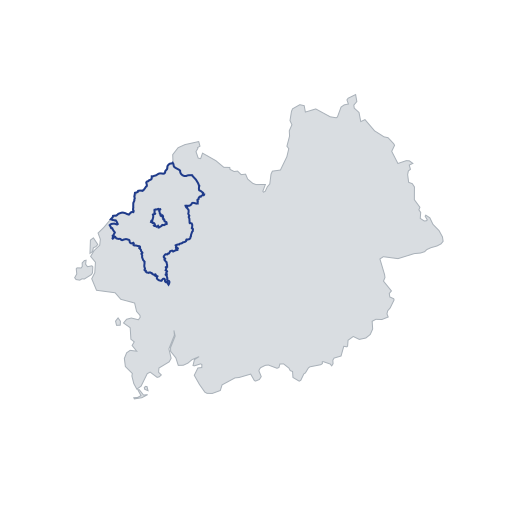 Germany, with Brandenburg highlighted, rotated 235°
{"feature_id": "DEU-3487", "entity_name": "Brandenburg", "entity_type": "State", "adm_level": 1, "iso_a3": "DEU", "parent_name": "Germany", "parent_adm1": "", "projection": "orthographic", "projection_center": [13.043, 52.446], "detail": "fine", "context": "in_parent", "style": "outline", "palette": "blue", "viewbox_px": 512, "rotation_deg": 235, "n_neighbors": 0, "source": "natural_earth", "source_scale": "10m", "svg_char_len": 9732}
<svg xmlns="http://www.w3.org/2000/svg" viewBox="0 0 512 512"><g transform="rotate(235 256 256)"><path d="M221.7,425.4L211.3,418.0L201.9,418.2L200.4,415.9L197.2,415.9L192.6,412.1L188.2,413.9L187.1,415.8L187.3,417.0L191.6,417.4L192.1,418.5L187.6,420.3L180.4,419.1L171.8,420.5L164.7,419.7L160.7,417.7L159.8,414.5L160.4,410.0L162.5,404.0L163.3,399.6L162.8,396.6L164.1,392.4L167.2,387.0L172.4,370.8L182.4,359.9L182.5,355.8L166.9,350.6L164.4,349.3L162.3,346.0L149.7,346.9L148.9,343.7L145.7,342.1L142.0,344.3L140.8,343.9L136.5,336.1L135.6,332.5L133.5,330.1L130.2,329.3L131.8,322.6L135.4,317.9L135.9,313.7L129.3,309.7L126.2,304.6L125.8,299.0L128.4,292.8L134.3,289.5L134.2,283.1L129.7,279.4L129.5,278.3L131.7,276.1L125.3,268.3L127.6,261.4L126.6,259.2L123.5,257.3L122.6,255.0L125.0,254.8L131.0,250.4L131.3,249.6L129.8,248.7L129.8,246.7L134.3,236.6L134.3,234.8L131.9,229.4L132.0,227.6L128.5,221.4L128.7,219.6L135.3,216.6L140.4,219.7L142.5,218.3L145.2,218.7L151.8,216.7L153.8,213.6L151.5,210.8L152.0,208.8L159.6,203.6L161.1,200.9L161.9,195.7L161.2,193.8L160.3,192.5L154.2,191.1L152.9,187.9L153.8,183.9L154.9,183.2L162.3,183.9L166.2,172.4L168.2,168.9L169.9,154.3L166.3,149.6L168.5,141.3L171.6,137.1L173.8,136.0L183.3,136.0L193.7,137.0L197.6,144.2L195.7,147.6L198.1,149.4L199.4,148.8L201.4,142.5L202.4,141.6L206.4,146.1L206.2,151.7L207.8,144.2L207.3,138.9L208.2,133.8L211.0,129.6L218.5,131.9L226.9,131.4L230.0,133.5L236.7,143.8L242.1,146.1L238.0,143.8L229.9,131.4L220.9,127.8L219.1,124.2L219.9,112.2L216.6,109.5L212.9,110.2L212.5,107.4L213.3,105.4L221.6,102.7L222.0,99.4L215.3,87.2L215.3,82.0L221.5,82.7L228.9,85.5L230.7,87.3L240.4,85.6L247.6,89.4L250.9,94.5L250.9,98.8L246.4,103.7L253.8,103.2L255.5,107.0L259.6,105.8L269.4,111.8L277.1,109.1L278.4,113.7L276.7,118.3L271.2,123.1L272.3,126.1L274.0,126.9L279.1,126.4L287.1,129.6L298.1,120.4L306.7,119.5L319.4,105.7L331.6,108.4L334.8,114.4L343.0,120.9L350.5,120.3L353.3,126.5L354.5,134.2L359.0,138.1L365.4,139.8L366.7,147.8L370.1,160.4L370.1,164.3L369.0,168.7L366.9,172.4L362.7,176.8L362.4,179.4L373.5,190.0L376.6,195.4L374.9,203.2L376.7,207.0L378.6,208.3L379.3,210.2L379.4,214.7L380.8,216.0L378.8,224.3L376.8,227.7L377.5,230.5L380.5,235.5L380.6,241.9L386.8,245.9L389.4,254.3L388.0,261.7L382.6,274.7L378.1,273.1L378.3,270.3L377.5,270.1L375.9,266.7L369.3,264.8L367.5,266.5L370.9,271.2L357.1,277.8L347.1,280.5L343.6,285.3L341.8,284.4L337.8,286.5L336.1,289.6L331.2,290.5L329.0,294.4L323.8,293.3L317.4,295.0L314.5,297.0L309.2,304.7L305.1,298.7L304.0,298.7L303.7,300.6L306.2,305.0L307.1,308.6L314.5,315.3L316.1,318.1L312.4,325.3L319.6,338.2L325.1,344.4L328.2,344.3L335.0,352.3L339.5,355.1L342.9,360.7L347.4,361.5L354.2,368.1L355.6,370.4L354.8,378.7L351.5,381.7L345.6,379.0L342.2,389.3L327.5,396.6L323.2,401.0L323.2,402.5L329.2,411.1L329.2,414.9L327.5,418.9L331.7,420.0L332.4,422.0L331.1,430.2L324.7,427.2L323.5,422.7L320.8,421.3L314.5,422.7L306.0,418.9L305.2,423.5L290.5,424.9L280.2,429.2L277.2,432.0L269.1,433.2L267.2,433.0L263.9,427.2L250.4,425.3L247.9,433.8L246.0,436.2L241.9,437.6L242.6,433.7L238.4,432.2L238.3,429.6L235.7,426.9L228.8,423.3L225.6,425.5L221.7,425.4ZM350.0,109.6L350.7,112.8L350.0,114.4L347.0,111.7L343.9,111.8L342.1,115.9L340.7,116.1L336.0,112.4L335.2,110.6L335.6,102.2L337.1,100.4L337.3,97.8L339.9,95.1L342.2,95.0L344.1,98.9L348.6,101.4L348.9,102.6L346.5,105.9L347.1,107.7L350.0,109.6ZM364.0,129.5L364.1,133.2L356.2,133.0L355.5,130.2L356.0,127.5L353.4,124.6L353.4,121.5L364.0,129.5ZM206.6,84.1L204.6,87.7L205.4,81.2L208.7,74.4L210.0,74.6L208.1,77.7L207.6,81.7L214.2,82.5L213.4,83.7L206.6,84.1ZM284.4,107.5L280.3,107.5L277.2,105.1L279.2,102.0L283.2,103.6L284.4,107.5ZM212.6,90.7L211.5,91.8L207.6,90.3L210.6,88.4L212.3,89.0L212.6,90.7Z" fill="#d9dde1" stroke="#a8b0b8" stroke-width="1"/><path d="M376.2,192.2L377.2,193.1L376.5,194.8L376.3,195.9L376.8,196.3L377.0,196.8L376.5,197.9L375.8,199.0L374.4,200.4L374.6,202.2L375.3,204.2L375.9,205.6L375.8,206.4L376.4,207.1L377.4,207.6L379.0,208.1L379.5,208.9L379.5,209.8L379.0,210.6L379.0,210.9L379.4,211.5L379.3,212.2L379.0,213.0L378.9,214.2L379.2,214.9L381.1,216.3L380.3,217.3L380.1,218.6L379.4,220.2L379.3,223.0L379.1,224.0L378.7,224.8L378.2,225.5L376.6,227.2L376.2,228.1L376.3,229.0L376.8,229.7L377.3,230.1L377.7,230.6L377.9,231.8L378.2,233.0L378.9,233.8L380.3,234.9L380.7,235.7L381.0,236.9L381.1,238.1L380.8,239.0L380.2,239.9L380.0,240.8L380.1,241.2L378.8,241.1L376.8,240.2L376.2,240.1L375.6,240.2L374.4,240.6L370.6,242.5L369.5,242.8L368.5,242.2L367.4,241.8L366.0,241.7L364.3,242.1L362.7,243.1L361.6,244.6L361.5,245.0L361.4,245.7L361.0,246.8L358.9,250.0L358.6,250.1L358.0,249.9L353.0,250.6L348.6,250.3L346.9,249.8L346.2,249.9L345.9,249.8L345.4,249.0L344.7,248.5L344.0,247.9L342.7,247.2L342.0,247.3L341.3,247.9L338.1,248.9L337.7,248.3L337.1,248.1L337.0,248.4L336.7,248.4L336.2,248.9L335.9,248.6L335.8,247.9L336.3,247.3L336.5,246.7L336.6,245.6L336.5,245.2L336.3,245.0L336.2,244.7L336.9,244.0L336.8,243.4L336.5,242.5L336.4,242.3L335.8,241.9L335.5,241.5L335.7,240.5L335.6,240.2L334.7,239.6L334.3,239.8L334.1,239.7L333.7,239.4L332.9,238.4L332.5,238.3L333.1,237.2L335.1,235.6L335.9,234.5L336.0,233.9L335.3,232.4L335.3,230.5L336.3,228.8L337.3,227.7L337.6,227.1L337.0,226.9L335.9,226.8L335.4,227.6L334.8,227.1L334.6,227.0L332.7,227.2L332.1,227.0L330.5,225.9L329.7,224.9L328.8,224.6L327.2,224.5L327.1,224.4L326.7,223.4L326.3,223.1L324.9,222.9L321.2,220.6L320.9,220.6L320.7,221.2L319.9,221.6L319.5,222.0L318.2,221.7L317.7,221.4L316.4,220.3L315.8,219.5L315.5,219.3L315.3,219.4L315.0,219.8L314.2,219.8L312.6,218.4L312.5,217.6L310.8,215.2L310.3,214.6L309.6,214.2L309.3,213.4L308.5,212.7L308.2,212.0L308.0,211.1L308.3,210.6L308.6,209.5L309.3,208.8L309.4,208.5L309.0,207.8L308.6,207.7L308.3,207.3L308.3,206.0L308.7,204.8L309.1,204.0L308.9,203.2L309.1,202.7L309.0,202.3L309.5,201.3L309.8,200.4L309.5,199.6L310.0,199.1L310.6,197.8L310.7,196.8L310.9,196.3L310.8,196.2L309.8,196.4L309.0,195.3L308.5,195.1L308.4,195.2L308.2,195.9L308.0,196.1L307.3,196.4L306.9,196.3L306.7,195.9L306.7,195.5L307.1,194.8L307.1,194.7L306.2,194.7L306.8,193.3L307.2,190.7L307.8,190.7L308.4,190.5L308.7,189.9L309.0,189.0L309.1,188.2L308.6,187.6L308.4,186.9L308.1,186.4L308.0,186.1L308.5,185.3L308.5,185.0L308.2,184.6L308.2,184.1L309.2,183.2L309.3,182.6L309.3,182.3L308.6,180.2L307.7,179.7L306.6,180.0L305.9,180.0L305.9,179.3L305.6,178.9L305.4,178.8L302.7,179.0L302.3,179.2L301.8,179.0L300.7,178.4L299.9,178.2L298.1,177.0L298.5,176.3L298.6,175.7L298.3,175.5L297.4,175.5L297.0,175.2L296.2,173.8L294.8,174.4L294.3,174.3L293.9,173.0L293.6,172.8L292.7,172.7L292.3,172.5L292.5,172.3L292.7,171.8L292.7,171.4L292.4,171.2L291.2,171.5L289.8,171.0L288.7,170.7L287.9,169.8L287.2,169.5L286.6,169.7L285.7,170.3L285.2,170.4L284.6,170.3L284.1,170.0L283.1,168.8L282.7,167.9L284.9,168.0L286.0,168.4L286.2,167.2L286.6,167.0L287.5,167.0L289.0,167.9L289.8,167.9L290.3,167.5L290.6,166.7L290.3,165.3L290.0,164.8L289.9,164.4L290.1,164.0L291.9,162.5L293.4,162.0L294.4,161.9L294.7,162.1L295.6,162.8L295.9,163.6L297.1,163.0L298.5,163.1L298.5,162.5L297.9,162.0L298.4,161.8L299.2,162.0L299.8,161.2L301.4,160.6L301.9,160.8L302.9,159.9L303.4,159.8L303.7,159.1L303.7,158.4L304.4,158.0L304.9,157.2L306.5,156.7L307.2,157.3L308.1,156.7L308.4,156.6L308.7,156.8L309.4,157.9L311.3,158.4L312.5,159.2L313.8,160.4L314.6,160.8L315.0,161.4L316.4,161.4L317.3,161.2L320.4,162.0L320.7,162.2L321.5,163.0L322.6,163.3L323.3,163.3L323.6,163.5L323.6,164.6L323.9,164.9L325.9,164.7L327.1,165.3L328.2,165.1L328.9,165.1L329.5,164.9L329.7,165.2L329.3,165.7L329.3,165.8L330.1,166.3L330.8,166.2L332.0,164.9L333.6,163.6L334.0,162.8L334.9,162.0L335.1,161.9L335.5,162.0L336.1,162.9L336.4,163.1L337.2,163.1L337.4,162.2L337.7,161.3L338.2,160.8L338.7,160.6L339.4,160.5L340.0,160.6L341.1,161.2L341.6,161.3L342.1,161.2L343.5,160.0L343.8,159.9L344.5,159.1L345.4,156.9L345.5,156.0L345.7,155.5L346.1,155.1L346.6,154.8L347.6,154.8L348.3,154.2L348.8,153.2L350.4,151.8L351.4,151.6L352.4,151.7L353.2,151.3L353.0,150.7L352.3,149.4L352.4,148.6L352.8,148.6L353.5,149.7L354.8,150.2L354.9,151.2L355.7,152.7L355.9,153.3L356.3,153.9L358.2,153.8L359.9,153.9L361.2,154.2L361.7,153.4L362.4,153.3L363.4,153.8L364.6,153.7L365.2,153.8L365.3,155.0L365.2,155.9L364.7,156.9L363.8,158.5L361.5,160.2L361.5,161.1L363.7,161.5L365.5,161.6L365.9,161.3L366.1,160.7L366.8,160.3L367.6,159.3L369.4,158.1L369.6,158.9L369.8,160.6L370.9,161.9L370.2,163.3L369.4,164.2L369.2,164.8L369.2,165.4L369.5,167.5L368.7,170.5L368.3,171.4L367.5,172.3L365.9,173.6L364.2,174.5L362.8,175.6L363.5,178.5L363.3,179.4L363.1,180.0L362.3,180.7L362.7,181.3L363.2,181.7L364.4,181.9L364.9,182.1L365.9,183.2L366.6,183.6L369.7,185.8L370.1,186.3L371.1,188.1L372.0,188.7L372.8,189.8L374.5,190.4L376.2,192.2ZM348.5,197.7L348.4,197.5L348.5,197.2L349.1,195.6L349.1,195.3L348.1,195.0L346.9,194.2L345.0,192.0L344.9,191.6L344.9,190.5L344.1,189.5L343.3,190.2L343.2,190.6L342.4,190.2L341.8,190.8L341.5,191.3L341.1,191.4L340.0,191.3L339.5,191.1L339.3,190.9L339.4,190.4L339.2,190.1L339.3,189.9L338.9,189.9L338.8,190.0L338.5,190.7L338.2,191.0L337.0,191.3L336.7,192.3L336.9,193.1L336.7,193.1L335.2,192.5L334.9,193.2L335.0,193.6L334.8,196.0L335.2,196.8L335.2,197.1L334.0,198.4L333.9,199.2L334.1,199.9L333.8,200.2L333.8,200.5L333.4,201.1L334.1,201.7L335.2,202.0L335.7,201.6L336.9,201.0L337.2,201.1L337.9,201.6L339.1,201.1L339.4,201.7L339.6,201.7L340.6,201.5L341.4,202.4L342.0,202.7L342.9,202.7L342.9,202.2L342.8,201.4L343.1,201.2L343.8,201.0L344.1,201.1L344.3,201.6L344.5,201.8L345.1,201.9L345.4,201.6L345.8,201.5L347.4,202.3L348.1,202.5L348.6,202.5L348.9,202.9L349.0,204.3L349.3,204.4L349.7,203.6L350.7,203.0L350.8,202.5L350.8,201.8L351.0,201.4L351.6,200.8L351.7,200.5L351.7,199.9L352.0,199.6L352.1,199.4L351.6,198.9L350.5,198.4L350.0,197.8L349.6,197.6L348.5,197.7Z" fill="none" stroke="#1e3a8a" stroke-width="2"/></g></svg>